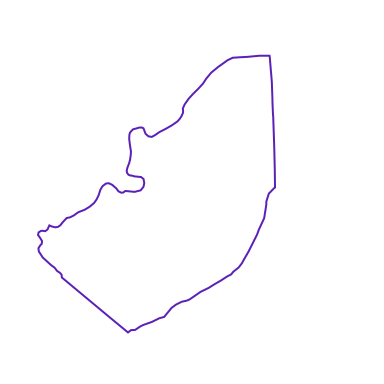 outline of Coolie Town, Anse-la-Raye, Saint Lucia, rotated 134°
{"feature_id": "8701671B87881136739477", "entity_name": "Coolie Town", "entity_type": "district", "adm_level": 2, "iso_a3": "LCA", "parent_name": "Saint Lucia", "parent_adm1": "Anse-la-Raye", "projection": "mercator", "projection_center": [-61.014, 13.957], "detail": "fine", "context": "isolated", "style": "outline", "palette": "violet", "viewbox_px": 384, "rotation_deg": 134, "n_neighbors": 0, "source": "geoboundaries", "source_scale": "gbopen_adm2", "svg_char_len": 2192}
<svg xmlns="http://www.w3.org/2000/svg" viewBox="0 0 384 384"><g transform="rotate(134 192 192)"><path d="M315.1,271.4L319.3,269.9L320.1,270.0L322.2,270.4L323.8,272.7L324.3,273.1L324.9,273.6L327.6,274.3L329.9,272.9L330.3,270.4L330.8,268.3L331.5,265.7L333.7,264.1L335.8,264.1L339.1,263.4L340.1,262.2L341.2,260.8L342.8,253.8L342.5,242.9L341.9,238.3L342.5,234.1L341.9,231.0L341.9,230.0L342.1,228.3L343.9,226.3L343.9,226.0L339.7,169.0L337.5,140.5L333.7,139.9L330.7,137.1L324.6,135.8L321.5,134.7L313.3,130.6L305.5,127.8L301.1,125.2L300.6,125.3L289.6,126.2L284.1,125.3L278.0,123.1L273.6,120.2L270.9,119.1L257.9,116.5L249.4,113.4L242.5,111.7L235.6,109.7L228.2,108.0L224.1,106.6L220.7,106.9L213.9,106.0L208.6,106.6L204.2,107.8L195.4,110.0L177.2,115.7L172.8,117.7L160.7,121.9L149.7,129.6L147.2,131.9L139.8,135.6L132.3,135.6L131.1,135.4L129.1,137.4L118.4,148.0L103.0,163.6L81.7,185.6L79.6,188.0L71.8,196.2L68.5,199.5L57.6,210.8L50.9,218.4L49.9,219.6L42.3,228.2L41.0,229.7L40.4,230.5L40.1,230.9L46.6,237.6L46.9,237.9L47.2,238.2L56.4,246.1L58.0,247.6L62.3,251.6L66.2,255.1L67.0,255.9L69.9,257.0L72.6,258.0L84.2,260.1L88.7,260.6L92.7,261.1L95.1,260.9L98.1,260.7L100.3,260.5L100.7,260.5L106.4,259.4L113.9,259.2L120.9,259.4L127.2,259.2L134.2,258.1L138.3,256.6L140.0,254.6L141.3,253.5L144.8,252.2L148.2,251.6L151.4,251.5L158.0,252.8L165.2,254.9L171.3,257.0L176.7,258.1L180.3,259.2L182.2,262.0L182.4,265.8L180.9,269.0L179.9,271.1L180.3,272.6L182.1,274.6L185.0,276.2L187.7,277.9L190.2,278.0L192.5,277.8L194.3,276.8L197.4,274.1L200.1,270.8L202.6,267.6L205.2,264.1L207.4,262.2L209.4,260.7L209.7,260.5L209.9,260.4L210.3,260.0L211.8,259.0L214.8,257.3L219.5,255.3L222.1,253.7L223.3,252.1L223.7,249.7L223.0,247.8L222.3,247.2L220.7,244.2L216.6,239.0L216.3,235.9L218.1,233.4L218.8,232.5L222.0,230.5L226.5,230.1L231.8,233.4L234.8,237.2L237.6,240.7L240.2,241.1L241.7,242.5L242.6,245.4L242.0,249.0L242.3,254.5L243.5,258.0L245.8,259.8L250.1,260.4L253.1,259.7L253.9,259.5L259.2,256.9L263.5,255.5L267.9,254.8L273.7,255.4L279.4,256.9L285.4,259.7L288.4,260.3L290.9,260.7L295.1,262.2L297.8,264.1L303.4,264.0L307.4,263.6L310.2,264.2L312.3,265.7L314.1,268.7L315.1,271.4Z" fill="none" stroke="#5b21b6" stroke-width="2"/></g></svg>